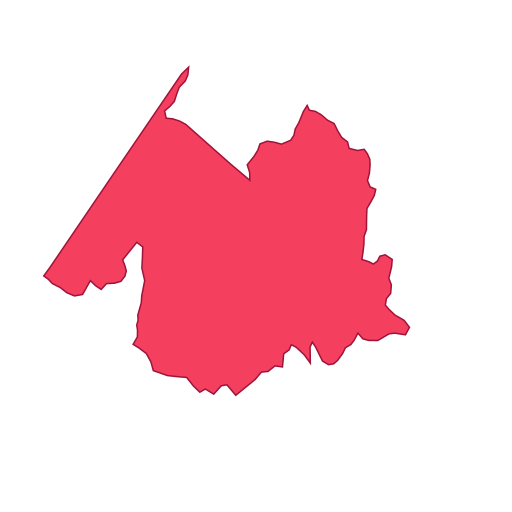 Alto Rio Novo, Espírito Santo, Brazil (Mercator projection), rotated 306°
{"feature_id": "56859067B59978415419512", "entity_name": "Alto Rio Novo", "entity_type": "district", "adm_level": 2, "iso_a3": "BRA", "parent_name": "Brazil", "parent_adm1": "Espírito Santo", "projection": "mercator", "projection_center": [-40.981, -19.032], "detail": "fine", "context": "isolated", "style": "filled", "palette": "rose", "viewbox_px": 512, "rotation_deg": 306, "n_neighbors": 0, "source": "geoboundaries", "source_scale": "gbopen_adm2", "svg_char_len": 1983}
<svg xmlns="http://www.w3.org/2000/svg" viewBox="0 0 512 512"><g transform="rotate(306 256 256)"><path d="M119.4,303.0L130.6,304.2L134.7,308.2L131.4,321.5L155.6,327.9L165.2,328.6L169.7,333.6L178.2,335.9L181.8,342.6L188.8,338.5L193.2,335.9L199.5,338.0L205.0,336.7L205.8,342.2L204.4,353.2L201.3,362.9L214.2,353.2L219.4,352.2L217.5,357.5L210.1,371.5L210.7,378.5L214.4,382.2L219.4,383.4L227.8,383.4L234.4,382.3L240.1,384.8L245.5,384.9L253.5,383.8L251.8,391.2L253.9,396.7L259.2,404.2L271.2,409.4L275.2,413.7L280.1,423.2L288.5,422.1L291.0,413.7L289.9,403.1L291.0,394.9L292.3,389.5L298.1,386.6L304.9,386.9L312.2,382.5L316.1,376.5L321.8,374.2L327.2,371.9L333.3,368.2L332.9,359.8L328.6,356.3L323.4,357.2L318.5,355.7L317.7,350.5L315.4,343.7L321.5,340.6L328.9,336.4L335.4,331.9L342.2,329.9L348.4,325.5L354.7,321.1L359.7,317.8L367.5,317.1L374.6,316.1L380.3,313.7L379.0,307.7L382.5,301.9L389.8,299.0L396.4,295.0L401.1,291.3L404.2,286.0L405.9,280.8L401.1,276.2L397.8,268.1L402.1,263.0L402.3,255.6L405.1,248.9L409.1,241.3L407.9,233.9L408.6,225.8L407.9,219.0L405.3,213.5L407.9,208.9L400.7,209.4L394.7,210.9L388.8,212.3L381.8,213.1L376.0,215.7L370.0,216.0L361.5,210.9L358.8,203.9L355.5,197.6L349.0,193.3L342.7,195.3L335.4,195.8L324.6,195.3L319.9,201.7L313.6,206.5L315.5,180.6L321.2,121.8L320.2,114.7L318.0,108.0L314.7,102.3L319.6,96.8L326.4,98.4L333.1,99.1L340.8,96.5L347.4,94.7L356.1,95.9L362.3,94.5L369.2,90.5L359.4,88.8L227.8,92.8L125.7,96.0L115.1,96.0L115.1,101.7L114.0,107.4L115.4,116.1L115.1,124.5L117.0,132.6L122.9,138.3L138.7,136.5L137.7,143.7L137.9,150.4L145.8,151.3L150.9,157.6L156.1,161.6L162.7,161.8L167.6,159.9L170.9,155.9L174.5,150.4L197.0,151.5L196.8,159.0L188.3,164.8L179.1,170.8L170.7,180.4L156.7,186.9L150.7,190.7L138.7,195.1L134.7,198.4L130.0,200.1L126.4,203.7L120.8,207.6L112.3,208.5L112.8,215.5L112.6,224.7L108.5,233.3L102.9,240.3L107.2,254.6L112.1,263.2L117.0,271.3L114.0,281.9L112.8,290.6L118.6,293.2L119.4,303.0Z" fill="#f43f5e" stroke="#9f1239" stroke-width="1.5"/></g></svg>